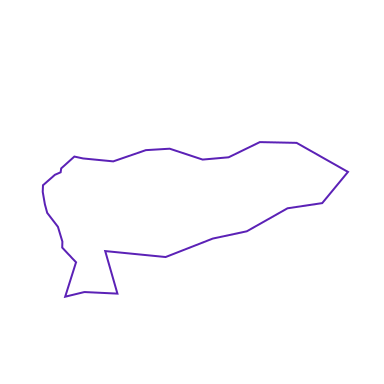 the district of Kampi, Nicosia, Cyprus, rotated 71°
{"feature_id": "46923920B85775694000331", "entity_name": "Kampi", "entity_type": "district", "adm_level": 2, "iso_a3": "CYP", "parent_name": "Cyprus", "parent_adm1": "Nicosia", "projection": "equal_earth", "projection_center": [33.124, 34.908], "detail": "fine", "context": "isolated", "style": "outline", "palette": "violet", "viewbox_px": 384, "rotation_deg": 71, "n_neighbors": 0, "source": "geoboundaries", "source_scale": "gbopen_adm2", "svg_char_len": 605}
<svg xmlns="http://www.w3.org/2000/svg" viewBox="0 0 384 384"><g transform="rotate(71 192 192)"><path d="M223.8,38.0L179.6,77.1L166.9,111.6L171.1,146.1L164.8,171.4L143.8,199.0L137.4,222.0L137.4,256.5L124.8,284.1L120.2,291.7L127.1,308.0L130.6,309.8L131.1,316.0L137.1,330.7L143.3,333.1L155.7,335.1L164.6,335.7L181.3,330.1L196.7,330.7L202.3,332.8L210.2,329.3L212.7,328.1L215.1,327.1L220.7,324.5L220.8,324.6L249.7,346.0L251.5,326.9L251.6,326.4L251.6,326.2L263.8,295.6L219.6,293.3L244.9,238.1L242.8,187.5L247.0,153.0L238.5,107.0L244.9,72.5L223.8,38.0Z" fill="none" stroke="#5b21b6" stroke-width="2"/></g></svg>